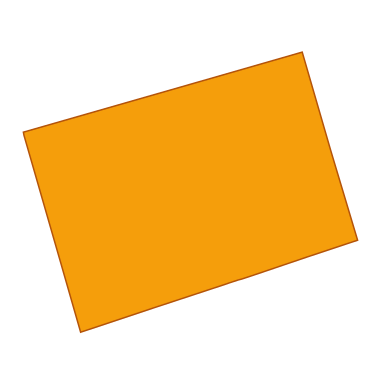 the district of Greene, Mississippi, United States of America, rotated 74°
{"feature_id": "52423323B4006821929898", "entity_name": "Greene", "entity_type": "district", "adm_level": 2, "iso_a3": "USA", "parent_name": "United States of America", "parent_adm1": "Mississippi", "projection": "equal_earth", "projection_center": [-88.55, 31.217], "detail": "fine", "context": "isolated", "style": "filled", "palette": "amber", "viewbox_px": 384, "rotation_deg": 74, "n_neighbors": 0, "source": "geoboundaries", "source_scale": "gbopen_adm2", "svg_char_len": 398}
<svg xmlns="http://www.w3.org/2000/svg" viewBox="0 0 384 384"><g transform="rotate(74 192 192)"><path d="M87.9,47.5L88.0,158.0L88.0,337.6L91.3,337.9L226.8,337.7L296.1,337.7L296.0,336.5L296.0,335.8L292.8,260.3L289.8,183.1L289.7,182.3L289.3,171.9L289.4,168.1L289.0,158.1L286.2,99.3L284.4,56.0L284.4,55.8L284.0,46.1L190.9,47.2L87.9,47.5Z" fill="#f59e0b" stroke="#b45309" stroke-width="1.5"/></g></svg>